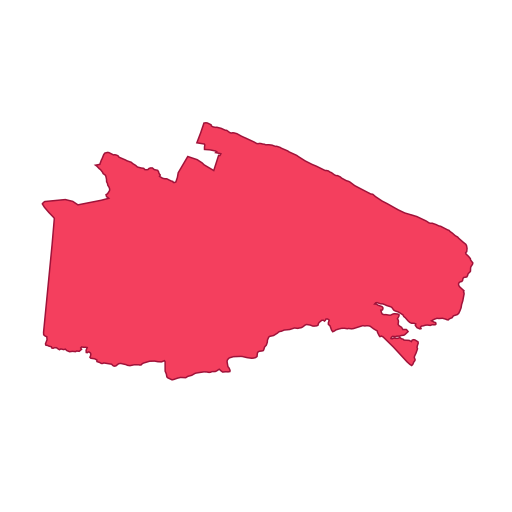 Kilifi South, Coast, Kenya (Robinson projection), rotated 274°
{"feature_id": "3690345B19939243433246", "entity_name": "Kilifi South", "entity_type": "district", "adm_level": 2, "iso_a3": "KEN", "parent_name": "Kenya", "parent_adm1": "Coast", "projection": "robinson", "projection_center": [39.732, -3.813], "detail": "fine", "context": "isolated", "style": "filled", "palette": "rose", "viewbox_px": 512, "rotation_deg": 274, "n_neighbors": 0, "source": "geoboundaries", "source_scale": "gbopen_adm2", "svg_char_len": 6106}
<svg xmlns="http://www.w3.org/2000/svg" viewBox="0 0 512 512"><g transform="rotate(274 256 256)"><path d="M152.3,52.7L152.3,54.1L151.7,55.5L151.2,58.2L150.0,58.7L149.8,60.0L150.5,61.5L150.6,63.4L149.6,64.9L148.8,66.5L149.7,67.8L149.2,70.7L149.8,72.3L148.5,73.8L147.5,76.7L148.1,79.6L148.0,82.7L148.7,83.6L148.6,86.3L150.8,88.5L152.0,87.5L153.1,88.4L152.9,90.6L153.1,92.4L152.9,94.0L150.1,93.1L147.9,93.4L147.8,94.5L148.6,95.3L148.5,96.4L147.8,97.5L146.6,98.1L144.8,97.9L143.4,97.4L142.5,98.3L142.2,102.2L141.2,104.5L139.6,104.7L138.8,107.7L138.0,109.2L138.1,110.6L138.7,111.6L138.0,119.5L136.8,120.8L136.2,122.2L136.6,123.9L139.0,126.5L139.4,128.6L138.6,133.8L138.0,135.4L137.8,137.9L139.0,142.0L139.3,146.7L139.1,147.8L139.4,149.1L140.4,149.8L141.3,151.1L143.6,157.2L144.1,162.1L143.7,165.5L143.8,169.2L145.2,171.9L144.1,172.7L134.8,173.4L132.0,174.8L129.2,175.5L128.3,176.5L126.6,180.9L127.1,182.6L128.7,186.3L129.6,189.2L129.7,194.4L131.2,196.4L132.5,200.2L134.6,203.3L135.1,204.6L136.8,212.1L136.9,214.8L136.6,217.3L136.9,218.8L137.6,220.1L137.9,223.4L138.6,224.7L140.5,227.2L138.7,229.5L137.9,230.9L138.4,233.6L138.5,236.4L138.9,238.0L140.0,238.1L141.1,237.6L142.4,236.9L143.7,235.7L148.6,234.5L150.2,234.7L151.6,235.6L152.5,236.5L154.0,240.5L154.8,247.9L154.8,249.4L154.0,254.2L153.7,258.9L154.0,260.7L154.6,262.6L155.8,264.0L159.5,264.2L160.6,264.9L161.2,266.0L161.7,268.6L162.2,269.9L163.2,270.3L165.8,270.9L167.8,272.5L170.7,273.3L172.9,273.3L175.9,274.3L176.8,275.3L177.9,279.1L180.6,282.8L181.8,283.9L182.4,285.2L182.7,286.5L184.1,289.3L185.0,294.7L186.9,299.5L186.7,302.7L187.2,304.2L187.6,306.0L188.4,307.4L190.6,309.9L191.2,311.2L190.9,314.9L190.1,317.4L190.1,318.8L190.6,321.5L191.3,322.7L193.1,323.0L194.3,323.8L196.5,326.2L196.6,327.8L195.8,328.8L196.7,329.7L197.9,330.1L198.2,331.3L197.9,332.4L197.1,333.5L194.4,332.8L192.8,333.0L191.5,334.7L187.4,336.5L185.8,337.8L186.7,339.5L187.8,340.8L188.9,343.5L189.8,346.3L190.1,349.2L189.8,352.2L190.2,353.4L190.0,356.4L190.4,358.3L194.0,367.4L193.8,369.3L194.2,371.5L194.2,373.3L193.9,374.8L191.4,378.7L189.7,382.2L188.2,382.6L185.0,384.5L184.2,385.3L184.9,386.7L184.1,388.5L174.8,399.4L161.0,414.0L158.6,417.1L157.6,418.9L158.7,419.9L161.5,420.9L162.7,421.8L163.9,421.9L165.6,421.0L167.0,421.1L170.3,422.4L174.8,423.6L176.0,423.0L177.7,423.2L180.3,423.9L181.7,423.6L183.4,420.3L183.5,418.8L182.9,417.6L181.5,417.0L182.5,414.7L182.4,409.6L183.3,408.5L183.6,406.8L184.7,405.3L183.8,403.3L183.6,401.2L183.8,399.4L182.9,397.7L183.1,396.4L184.3,396.7L185.4,397.9L185.3,400.7L185.8,401.8L186.1,404.9L186.8,406.3L187.3,409.0L188.1,410.1L191.2,413.0L192.3,412.1L193.2,411.0L192.9,407.6L195.0,406.2L196.5,403.5L197.8,402.5L200.4,402.7L201.9,402.4L203.2,401.4L205.6,402.6L207.2,402.9L208.0,401.6L208.1,398.3L207.8,396.9L206.3,394.2L206.3,392.6L206.6,389.7L206.4,387.7L206.9,386.0L208.1,385.2L210.6,384.3L211.0,385.9L212.3,386.3L213.5,386.1L214.4,385.1L215.4,381.2L216.3,379.6L216.4,377.7L217.7,378.7L218.0,380.0L217.0,383.6L217.1,385.6L216.4,388.1L215.8,389.5L214.7,394.1L214.1,395.2L211.7,397.1L210.9,398.7L210.1,401.9L207.6,406.6L205.9,407.7L204.9,409.2L201.8,412.3L200.5,414.0L199.8,415.7L199.9,418.4L199.4,420.1L197.8,419.8L195.7,421.7L194.7,424.6L195.1,425.7L196.5,425.0L197.6,425.9L198.0,427.8L198.8,429.9L199.1,431.8L198.9,434.7L199.7,436.4L199.9,439.5L200.7,440.3L202.1,439.8L202.5,438.1L203.6,435.6L205.3,438.2L206.5,440.9L206.4,442.9L206.9,446.3L206.3,449.4L205.7,451.1L205.7,452.4L206.8,453.2L208.1,455.9L210.1,457.1L211.6,460.9L212.9,462.2L215.7,463.3L218.7,464.2L221.9,464.5L225.7,465.4L232.5,466.2L233.7,466.1L234.6,465.5L235.8,465.9L239.3,461.5L240.1,460.8L241.0,460.2L242.5,460.0L243.8,460.6L244.6,461.8L244.9,463.0L246.0,463.8L247.8,464.0L249.0,464.6L249.8,467.7L251.2,468.4L252.4,468.6L253.5,469.1L254.7,470.3L255.8,471.0L259.0,470.9L260.3,471.1L262.7,472.5L264.2,472.8L266.9,470.4L268.4,470.0L270.5,468.0L272.7,465.3L274.0,464.9L275.0,465.9L278.3,466.0L281.0,465.3L282.3,464.5L284.8,460.9L287.8,457.0L289.0,455.8L290.2,453.2L292.5,450.3L294.0,447.8L295.0,446.8L295.5,445.1L298.5,438.2L298.8,436.2L299.9,433.5L301.0,429.5L300.8,427.8L301.1,426.3L302.7,423.5L306.6,413.6L309.3,401.4L312.1,394.3L317.3,383.4L319.6,378.0L323.6,371.0L325.7,368.2L325.9,366.0L333.1,349.5L336.3,344.6L336.9,343.2L337.5,340.7L339.7,335.9L340.7,334.7L341.9,331.7L341.8,330.2L342.4,328.6L344.4,325.5L344.9,323.9L345.9,322.3L346.2,320.4L346.1,319.0L349.8,310.0L351.3,305.5L354.3,298.4L358.2,291.2L359.2,289.6L362.2,281.6L363.0,280.4L365.3,273.8L366.0,272.5L366.9,268.9L366.7,267.7L367.7,264.3L367.9,260.9L367.6,257.9L368.1,256.5L368.1,255.1L368.5,253.3L368.6,251.8L368.2,250.3L368.2,249.0L369.6,246.1L374.5,233.1L376.7,228.4L377.3,225.3L377.3,224.1L376.9,222.7L377.3,221.2L379.3,218.0L379.3,216.6L380.9,212.4L381.7,208.0L381.5,206.5L381.8,204.2L382.6,202.4L383.8,202.0L385.3,198.2L385.4,196.7L385.0,194.8L375.0,192.2L364.8,189.1L364.1,196.6L363.2,197.2L361.0,197.0L358.7,197.2L358.7,202.7L357.9,208.3L357.3,209.5L356.3,208.6L355.6,213.8L354.6,213.5L353.6,212.9L353.8,211.7L338.3,207.9L343.3,197.9L345.1,195.8L348.0,190.6L350.5,181.0L333.6,172.6L328.9,172.1L324.3,170.9L323.6,169.6L323.6,168.4L324.6,167.8L324.9,166.1L326.8,161.6L326.7,159.7L327.0,157.5L328.7,154.2L330.1,154.8L331.1,153.9L332.3,153.2L333.3,152.9L334.6,151.9L335.1,148.5L336.6,146.5L336.5,144.6L335.9,143.2L334.6,142.1L334.4,140.6L334.4,139.1L335.6,137.9L335.8,135.3L336.5,131.5L338.0,129.6L339.5,126.7L340.8,125.0L342.0,120.6L342.7,119.1L345.0,112.5L346.3,111.4L346.9,109.8L347.2,108.0L346.9,106.8L348.9,102.0L349.0,100.7L348.1,98.0L346.5,97.0L342.4,95.7L340.8,95.0L336.5,93.8L335.4,89.6L334.6,90.9L332.1,93.6L331.4,94.8L328.7,97.2L327.6,97.7L326.0,100.2L324.9,100.7L322.2,101.5L319.6,101.8L318.0,102.8L316.3,103.2L314.2,104.7L313.0,105.2L311.9,105.4L310.9,105.3L307.7,103.5L306.7,102.1L304.7,102.8L304.1,104.1L303.3,105.1L300.8,97.7L294.6,74.8L297.7,69.4L299.0,61.8L295.6,41.5L294.5,40.2L293.1,39.2L289.9,41.5L285.0,46.3L280.6,51.2L279.5,52.2L253.1,51.8L165.0,49.4L162.6,49.7L161.4,51.3L160.9,52.9L158.0,53.4L153.6,52.1L152.3,52.7Z" fill="#f43f5e" stroke="#9f1239" stroke-width="1.5"/></g></svg>